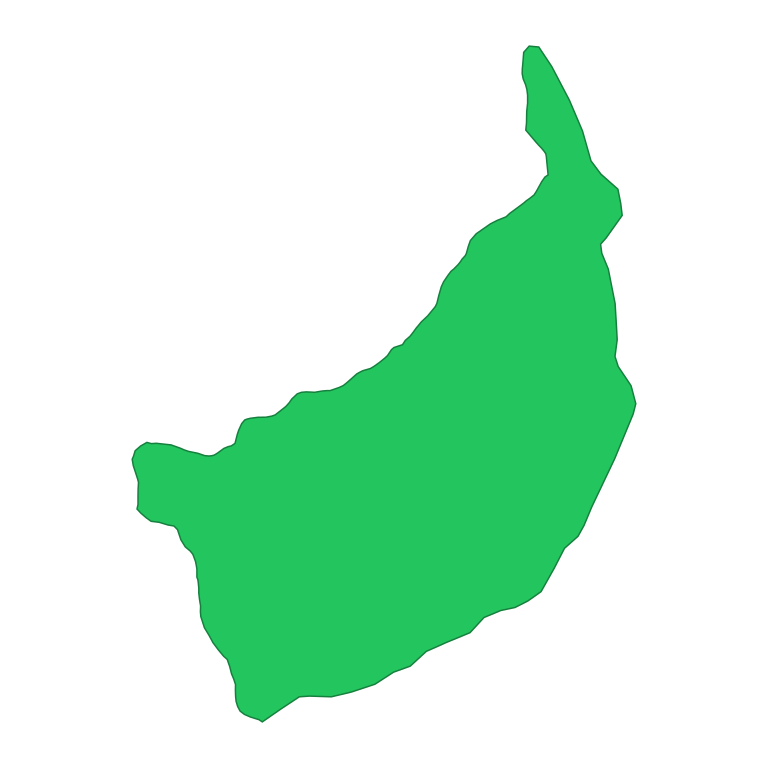 Balam, Mongar, Bhutan
{"feature_id": "84629894B21655800544266", "entity_name": "Balam", "entity_type": "district", "adm_level": 2, "iso_a3": "BTN", "parent_name": "Bhutan", "parent_adm1": "Mongar", "projection": "natural_earth1", "projection_center": [91.392, 27.348], "detail": "fine", "context": "isolated", "style": "filled", "palette": "green", "viewbox_px": 768, "rotation_deg": 0, "n_neighbors": 0, "source": "geoboundaries", "source_scale": "gbopen_adm2", "svg_char_len": 2652}
<svg xmlns="http://www.w3.org/2000/svg" viewBox="0 0 768 768"><path d="M538.8,47.0L529.2,46.1L523.7,52.3L522.8,63.8L522.3,68.8L522.2,73.8L523.2,78.9L525.6,84.7L526.9,89.5L527.6,95.2L527.6,103.1L526.7,111.7L526.5,122.9L525.8,130.1L536.2,142.4L538.8,145.3L541.4,148.0L544.2,151.4L545.8,153.8L546.3,156.4L547.2,165.8L548.1,174.9L544.9,177.1L541.7,181.7L536.3,191.5L534.0,195.0L529.7,198.4L526.4,200.7L523.9,202.9L517.6,207.6L509.6,213.5L506.1,216.8L497.2,220.4L490.5,223.8L482.6,229.3L476.3,233.7L470.4,240.5L468.3,246.4L466.4,253.3L465.3,255.6L462.1,259.1L460.5,261.6L458.3,264.4L453.8,269.0L451.0,271.3L448.0,275.3L443.6,281.8L441.3,286.8L438.8,295.5L436.9,303.3L435.3,306.6L427.7,315.9L421.5,321.7L416.1,328.2L413.2,332.2L410.1,336.2L405.3,340.4L402.5,344.7L394.0,347.5L391.5,349.6L387.5,355.6L384.8,358.1L379.4,362.5L374.1,366.3L370.4,368.5L362.8,370.7L359.8,372.2L356.8,373.9L346.4,383.1L343.2,385.6L339.1,387.5L330.1,390.6L326.9,390.6L322.2,391.0L314.6,392.3L311.4,392.1L306.1,391.9L301.5,392.3L297.3,393.8L291.8,399.0L289.0,403.0L285.7,406.6L275.2,414.9L271.8,416.1L265.9,417.2L257.8,417.3L250.2,418.3L247.0,419.1L244.7,420.0L241.7,423.6L238.7,430.2L237.3,434.4L235.0,443.4L231.3,445.9L228.3,446.6L223.9,448.4L217.5,453.1L214.2,455.1L211.5,455.8L208.7,456.0L204.6,455.6L197.9,453.3L188.6,451.4L184.2,449.9L180.6,448.3L171.1,444.9L163.7,444.1L156.4,443.3L151.3,443.6L146.9,442.4L140.6,446.0L135.2,450.7L133.4,456.5L132.2,459.3L133.3,465.7L135.3,471.8L137.6,478.9L138.5,482.4L138.1,489.5L138.0,497.1L138.0,504.5L137.0,509.0L140.9,513.2L146.1,517.7L151.1,521.3L159.1,522.3L168.0,525.0L173.9,526.0L177.5,529.6L180.9,539.8L185.3,546.9L190.3,551.1L192.9,554.4L195.5,561.4L196.3,565.5L196.9,569.1L196.9,577.1L197.9,579.9L198.3,583.1L198.8,588.4L198.8,593.1L199.5,599.4L200.6,606.0L200.4,611.6L200.8,616.5L203.1,623.6L204.4,627.7L209.0,635.3L213.0,642.7L218.3,649.8L223.7,656.3L227.3,659.5L228.2,662.3L229.6,666.2L231.6,674.0L233.7,679.0L235.5,684.5L235.4,690.2L235.6,696.4L236.1,701.4L237.7,706.6L240.1,711.1L244.4,714.4L250.6,717.1L259.0,719.7L262.3,721.9L281.2,708.8L299.3,696.8L309.4,696.1L331.4,696.8L351.5,692.0L375.0,684.2L393.5,672.2L410.3,666.1L426.3,651.4L446.5,642.4L470.0,632.7L484.0,617.5L500.8,610.5L515.0,607.5L528.0,600.9L541.1,591.6L554.3,568.1L564.5,548.3L578.0,536.3L584.0,525.5L591.7,507.1L614.8,458.5L633.2,414.0L635.8,403.7L631.9,388.8L631.0,385.6L618.2,366.5L615.0,356.5L617.2,339.6L616.2,321.7L615.1,303.5L608.3,269.1L601.8,253.3L600.6,244.2L606.1,238.0L615.1,225.4L622.2,215.4L620.7,203.2L617.9,189.2L600.9,174.1L591.0,160.9L582.5,131.0L569.4,100.2L551.8,66.6L538.8,47.0Z" fill="#22c55e" stroke="#15803d" stroke-width="1.5"/></svg>